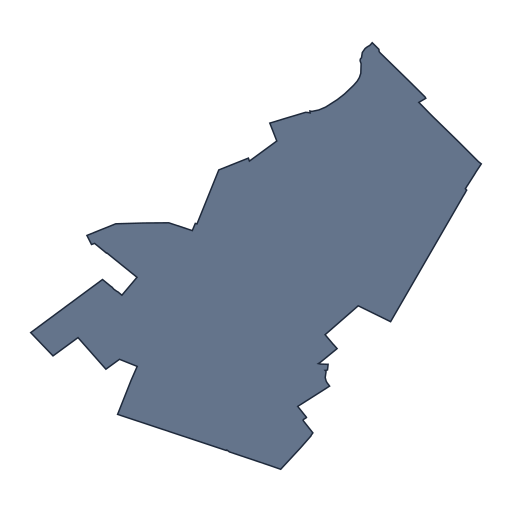 outline of Movilita, Ialomita, Romania
{"feature_id": "2599482B73561302085915", "entity_name": "Movilita", "entity_type": "district", "adm_level": 2, "iso_a3": "ROU", "parent_name": "Romania", "parent_adm1": "Ialomita", "projection": "natural_earth1", "projection_center": [26.485, 44.626], "detail": "fine", "context": "isolated", "style": "filled", "palette": "slate", "viewbox_px": 512, "rotation_deg": 0, "n_neighbors": 0, "source": "geoboundaries", "source_scale": "gbopen_adm2", "svg_char_len": 1839}
<svg xmlns="http://www.w3.org/2000/svg" viewBox="0 0 512 512"><path d="M328.1,364.3L326.8,364.3L324.5,364.2L320.9,364.1L318.4,363.6L320.5,362.2L337.1,348.6L333.4,344.4L333.2,344.3L325.1,334.7L358.2,305.8L390.6,321.7L443.3,230.5L458.8,203.7L461.8,198.5L463.1,196.2L464.3,194.3L465.4,192.4L466.3,190.6L466.7,190.1L466.2,189.6L465.4,188.7L466.8,186.4L468.0,184.6L470.5,180.7L475.0,173.6L476.0,171.9L481.3,163.9L478.5,161.7L458.6,141.8L433.2,117.0L429.2,113.0L422.6,106.2L418.8,102.4L425.8,98.3L425.1,97.0L410.1,82.1L381.0,53.7L379.9,52.6L379.3,51.8L379.1,51.4L378.9,49.3L375.6,46.0L372.2,42.7L371.0,44.1L369.8,45.4L367.2,46.9L365.1,48.5L362.3,52.5L361.5,57.7L360.3,59.1L360.1,60.8L361.1,63.7L361.0,66.8L360.8,73.3L359.4,77.5L357.2,81.2L353.6,85.3L344.5,94.0L337.2,99.7L325.6,107.1L318.7,110.0L311.9,111.4L309.9,111.0L310.2,112.9L307.9,112.5L305.6,112.3L285.9,118.2L269.8,123.1L276.8,141.0L249.4,161.1L248.4,158.1L218.8,169.9L207.5,197.9L197.0,223.9L195.3,223.4L192.3,230.6L168.8,222.8L143.9,223.0L129.8,223.4L119.0,223.7L115.7,223.8L101.3,229.6L86.9,235.4L91.5,244.5L94.6,243.4L100.1,247.9L106.4,253.1L106.8,252.9L137.0,277.3L129.5,286.2L121.9,295.2L117.7,291.7L116.9,291.4L113.7,289.1L112.1,287.2L110.4,286.0L102.5,279.5L66.6,306.0L30.7,332.6L53.0,355.9L78.0,337.6L105.9,369.2L119.5,359.3L137.2,366.4L131.1,380.3L117.6,414.4L226.3,450.5L226.8,450.0L229.4,451.9L239.8,455.4L270.7,465.8L280.7,469.3L282.9,466.9L287.8,461.6L300.3,448.1L311.0,435.9L311.2,435.2L312.9,432.9L303.4,420.9L303.1,420.3L303.2,420.0L303.4,419.5L304.4,418.9L306.3,417.7L306.5,417.5L306.3,417.1L297.7,406.4L298.0,406.2L326.5,388.1L329.6,386.1L326.9,382.5L326.1,380.9L325.5,378.7L325.2,377.5L325.4,376.2L325.8,373.4L326.0,372.2L326.0,371.4L325.7,370.9L325.2,370.4L326.5,370.3L327.5,369.9L327.8,367.4L328.1,364.3Z" fill="#64748b" stroke="#1e293b" stroke-width="1.5"/></svg>